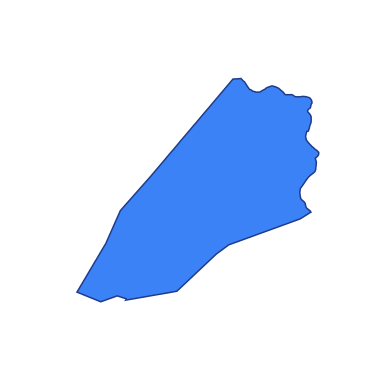 Santa Ana Cuauhtémoc, Oaxaca, Mexico, rotated 62°
{"feature_id": "50627088B15114769088919", "entity_name": "Santa Ana Cuauhtémoc", "entity_type": "district", "adm_level": 2, "iso_a3": "MEX", "parent_name": "Mexico", "parent_adm1": "Oaxaca", "projection": "natural_earth1", "projection_center": [-96.808, 17.985], "detail": "fine", "context": "isolated", "style": "filled", "palette": "blue", "viewbox_px": 384, "rotation_deg": 62, "n_neighbors": 0, "source": "geoboundaries", "source_scale": "gbopen_adm2", "svg_char_len": 2112}
<svg xmlns="http://www.w3.org/2000/svg" viewBox="0 0 384 384"><g transform="rotate(62 192 192)"><path d="M173.3,48.0L170.3,45.4L170.0,44.5L168.6,43.7L167.0,43.4L165.0,43.6L164.4,43.9L163.6,44.3L161.1,46.9L160.1,48.5L159.2,50.0L159.1,51.5L158.2,52.5L157.5,54.3L156.2,56.2L154.9,56.9L153.5,57.6L152.5,58.7L152.0,60.1L151.3,61.2L150.7,62.4L150.1,63.6L149.2,64.3L147.7,64.4L146.4,64.7L145.9,64.9L143.8,65.8L141.1,66.8L138.2,69.0L137.6,69.8L137.3,70.0L136.3,70.9L135.7,72.2L135.3,74.8L135.0,77.0L135.5,79.8L135.4,82.2L135.6,85.0L134.8,86.9L134.6,87.0L134.2,88.2L133.2,89.2L132.0,90.4L131.5,91.1L130.4,91.6L129.6,91.9L128.4,93.0L125.8,93.4L122.3,93.7L119.6,93.9L117.7,94.7L116.2,95.1L114.7,95.5L114.1,97.1L113.2,99.2L111.5,102.8L114.4,110.0L120.6,125.5L123.5,132.8L123.9,133.7L126.1,139.3L127.3,142.4L133.2,157.0L133.4,157.7L135.9,163.9L137.3,167.4L141.7,178.5L143.9,183.8L146.2,189.6L146.4,190.3L147.9,194.0L149.1,197.0L149.9,198.9L152.0,204.2L158.9,221.5L171.2,254.4L174.8,264.0L197.1,292.4L199.4,296.3L204.1,304.0L206.9,308.5L207.6,309.8L214.3,320.7L218.7,327.9L226.4,340.6L246.1,324.1L248.6,306.8L255.3,300.3L256.0,300.3L256.4,301.2L272.5,252.0L258.2,199.7L255.9,184.4L266.5,109.0L265.6,96.4L264.0,96.6L262.6,97.2L260.9,98.0L259.7,98.4L258.8,98.4L257.5,98.1L255.5,97.5L254.2,97.5L253.1,97.7L251.6,98.3L250.3,98.8L248.9,99.1L245.7,98.1L243.0,97.0L241.3,95.8L239.8,94.8L239.6,94.4L238.6,92.3L237.2,89.5L235.6,86.6L234.6,84.5L233.6,82.4L232.9,79.9L232.2,75.7L231.8,74.2L231.3,73.4L230.2,72.2L229.8,72.0L228.4,71.1L226.5,69.7L224.5,68.4L223.4,68.0L220.0,67.3L219.9,66.2L219.3,64.2L218.4,62.6L217.5,62.1L216.5,61.5L214.1,62.2L213.6,62.4L212.0,63.3L210.3,63.8L208.3,64.6L207.8,64.9L206.9,65.0L205.8,65.4L203.8,65.9L202.8,66.1L201.5,66.4L199.2,66.6L198.3,66.1L197.7,66.1L197.1,66.0L195.8,65.3L194.1,63.8L192.3,62.2L192.9,61.0L192.1,59.8L191.4,59.4L191.1,58.8L189.9,57.8L188.4,56.5L186.7,54.4L184.3,52.9L183.2,52.4L182.4,51.9L181.4,51.5L180.3,51.3L179.5,51.3L178.8,51.4L177.5,51.6L175.5,52.2L175.0,52.0L174.5,51.7L174.1,51.1L173.7,50.4L173.3,48.7L173.3,48.0Z" fill="#3b82f6" stroke="#1e3a8a" stroke-width="1.5"/></g></svg>